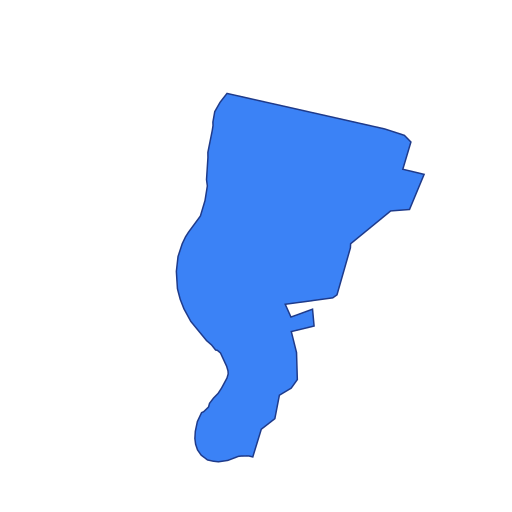 Campbell, Kentucky, United States of America, rotated 220°
{"feature_id": "52423323B7584870852949", "entity_name": "Campbell", "entity_type": "district", "adm_level": 2, "iso_a3": "USA", "parent_name": "United States of America", "parent_adm1": "Kentucky", "projection": "mercator", "projection_center": [-84.397, 38.964], "detail": "fine", "context": "isolated", "style": "filled", "palette": "blue", "viewbox_px": 512, "rotation_deg": 220, "n_neighbors": 0, "source": "geoboundaries", "source_scale": "gbopen_adm2", "svg_char_len": 1104}
<svg xmlns="http://www.w3.org/2000/svg" viewBox="0 0 512 512"><g transform="rotate(220 256 256)"><path d="M382.7,361.9L382.5,355.2L382.3,350.6L380.4,340.1L375.1,330.9L372.7,328.2L370.0,323.7L359.5,304.5L356.0,300.4L343.0,282.7L338.3,278.4L330.7,265.7L324.3,250.9L323.0,230.7L322.3,225.4L320.4,218.0L315.4,205.5L307.1,193.0L301.3,186.9L295.2,180.5L292.6,178.6L286.2,174.1L277.2,169.2L263.9,164.0L239.5,159.4L232.8,159.3L226.5,158.0L225.0,158.9L220.9,158.9L207.5,152.6L203.6,150.0L201.5,147.8L199.8,143.9L197.5,132.8L196.7,126.4L197.2,120.0L196.9,113.3L195.3,109.8L196.0,103.1L197.0,101.0L194.5,91.5L189.8,82.7L185.5,76.9L181.3,73.0L176.2,69.9L170.0,68.2L162.1,68.6L161.5,68.9L156.9,71.3L152.5,74.2L146.2,81.3L140.7,91.2L138.8,93.2L138.1,93.8L133.0,98.2L129.3,100.0L140.6,126.7L137.0,143.5L148.6,164.4L144.1,177.4L144.9,187.9L162.9,208.1L180.4,220.8L166.5,239.7L178.5,251.6L190.0,231.7L202.6,237.8L170.3,273.3L169.0,278.3L188.9,322.9L191.4,326.2L181.8,377.1L168.3,390.3L179.7,426.6L199.3,416.8L210.6,442.9L219.9,443.8L239.0,436.1L382.7,361.9Z" fill="#3b82f6" stroke="#1e3a8a" stroke-width="1.5"/></g></svg>